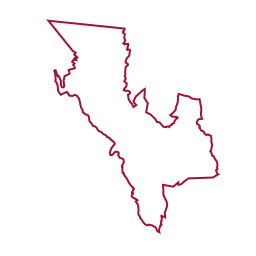 Tomatlán, Veracruz, Mexico, rotated 10°
{"feature_id": "50627088B86520659550997", "entity_name": "Tomatlán", "entity_type": "district", "adm_level": 2, "iso_a3": "MEX", "parent_name": "Mexico", "parent_adm1": "Veracruz", "projection": "mercator", "projection_center": [-96.998, 19.019], "detail": "fine", "context": "isolated", "style": "outline", "palette": "rose", "viewbox_px": 256, "rotation_deg": 10, "n_neighbors": 0, "source": "geoboundaries", "source_scale": "gbopen_adm2", "svg_char_len": 5864}
<svg xmlns="http://www.w3.org/2000/svg" viewBox="0 0 256 256"><g transform="rotate(10 128 128)"><path d="M225.0,157.9L224.0,157.5L223.4,156.9L222.7,155.6L222.1,154.0L223.2,153.0L223.2,152.6L222.5,151.3L222.7,149.6L222.2,148.1L222.0,147.3L221.6,146.1L220.7,145.1L220.2,144.5L218.9,143.2L217.3,140.9L216.4,140.9L215.8,140.6L215.5,140.1L215.0,138.8L213.6,137.0L213.1,136.8L213.4,136.2L213.7,135.2L213.8,130.2L212.4,126.7L211.9,123.7L211.1,121.4L210.7,121.1L210.3,121.0L209.6,121.1L207.9,120.4L207.4,120.6L206.8,121.3L206.4,121.2L204.4,120.5L204.2,119.8L203.3,118.6L202.6,118.1L200.8,118.0L200.0,117.2L199.2,116.3L198.5,115.6L198.2,115.2L198.7,114.3L198.6,114.0L196.9,112.5L196.2,112.3L195.4,112.1L195.2,111.8L195.0,111.3L194.8,110.5L195.3,108.1L196.0,107.3L196.6,106.9L198.3,106.3L199.4,106.1L198.8,105.3L198.1,103.9L197.5,101.8L197.1,100.0L197.3,99.2L196.8,96.1L193.5,87.2L191.0,87.8L189.2,88.0L185.3,87.8L183.3,86.6L182.8,86.6L181.3,86.2L178.2,86.4L176.3,86.2L174.4,85.9L172.1,85.6L171.7,88.5L172.0,88.8L172.5,94.1L172.2,96.0L171.6,98.9L171.8,101.7L170.2,104.5L167.5,108.0L168.9,108.9L170.2,109.0L173.2,108.8L174.8,108.8L175.1,109.0L175.1,109.5L173.7,111.0L172.7,112.9L172.4,115.2L172.0,115.6L171.2,115.9L170.7,116.2L170.5,117.4L170.0,117.8L168.8,118.4L168.5,119.8L167.3,119.5L166.1,119.7L165.5,120.5L164.4,120.6L162.7,120.7L158.3,117.1L156.7,116.9L156.0,116.9L155.3,117.0L153.7,114.7L147.9,110.8L143.1,109.3L143.2,100.2L139.0,95.8L137.8,86.7L136.2,88.1L135.0,89.5L130.2,95.7L128.8,100.7L129.6,101.9L131.2,103.3L132.2,104.1L129.7,106.3L129.0,105.6L128.5,104.7L127.9,103.7L126.7,102.7L125.8,102.2L123.6,99.4L123.2,98.6L123.2,98.3L123.0,97.5L122.4,95.9L122.3,95.0L123.1,94.5L123.6,94.0L123.9,93.4L123.9,92.7L123.5,92.2L122.6,91.6L121.7,91.4L120.7,91.3L119.5,91.8L118.2,91.7L117.6,91.1L117.2,91.2L117.2,90.7L117.5,90.3L118.0,89.2L118.5,88.4L119.0,87.2L119.2,86.1L119.1,85.3L119.1,84.7L119.0,84.3L118.7,84.1L117.7,83.7L117.1,83.2L116.8,82.9L116.4,82.8L116.3,82.5L116.4,81.7L116.8,81.1L117.0,80.6L117.2,79.8L117.0,79.4L116.8,78.8L116.1,78.0L115.7,77.6L116.1,76.4L116.0,75.4L115.4,72.8L115.4,71.5L115.2,70.1L115.2,68.8L115.3,68.1L115.9,67.3L116.7,66.4L117.0,66.1L117.0,65.5L116.8,65.2L116.3,64.9L115.6,64.5L115.1,64.5L114.9,64.2L114.3,63.8L114.2,62.5L114.2,61.8L114.4,60.6L115.1,58.9L116.0,57.6L116.5,56.8L116.6,55.9L116.7,55.1L116.5,54.0L116.6,52.0L116.3,50.8L115.7,50.5L114.6,50.9L114.1,51.2L113.5,51.0L113.4,50.0L113.6,49.2L113.5,48.4L113.6,47.6L113.7,47.2L113.9,47.2L114.0,46.4L113.9,46.1L113.5,45.2L112.8,45.3L111.5,45.6L111.1,45.8L110.0,46.2L109.1,45.9L108.8,45.7L108.9,45.1L109.5,44.4L109.8,43.7L109.9,42.8L109.9,42.1L108.6,39.6L108.6,36.2L108.0,35.5L106.8,35.2L106.2,34.4L106.2,34.0L106.5,33.4L107.0,33.1L107.4,32.6L107.4,31.9L107.3,30.7L31.0,36.2L60.4,61.8L63.4,62.9L62.3,65.0L65.9,67.2L65.0,68.8L63.8,68.0L62.9,69.5L63.9,69.9L64.4,70.2L62.5,70.3L61.5,72.5L64.1,73.8L63.1,75.4L63.6,75.8L64.4,76.6L64.6,77.1L65.2,78.4L59.5,81.1L60.1,82.3L61.1,84.6L56.4,88.1L56.6,89.7L56.3,92.5L56.8,94.3L57.8,97.2L58.0,97.9L57.8,98.5L57.3,99.1L56.8,99.3L55.8,99.2L55.2,98.5L54.4,96.9L53.8,93.8L53.5,92.9L52.1,90.7L50.7,89.0L50.6,88.7L49.8,89.0L46.7,84.0L46.6,83.7L45.9,83.9L45.4,84.6L45.6,85.1L46.6,86.5L47.0,87.3L47.1,88.3L47.7,89.7L48.3,93.1L48.4,93.7L48.3,94.5L49.1,95.0L49.6,95.5L50.7,97.2L50.9,97.7L51.3,98.4L51.8,99.9L51.9,100.9L52.3,101.7L52.6,103.3L53.3,104.2L53.6,104.4L54.3,105.3L55.6,106.7L56.2,106.9L57.6,105.6L59.1,104.8L60.6,103.7L61.3,103.3L61.9,103.2L63.2,104.8L63.6,104.9L64.4,106.2L65.0,106.4L65.8,106.1L67.6,106.2L68.5,105.5L69.4,104.8L70.8,104.8L72.1,105.1L73.4,106.5L74.3,107.0L74.9,107.8L75.2,109.0L75.5,109.7L75.9,110.0L77.0,113.3L78.0,115.2L78.4,116.2L78.7,116.7L79.4,117.2L80.1,117.9L80.3,118.4L80.5,120.1L80.9,120.4L82.0,120.8L83.5,122.0L85.9,122.1L86.4,122.4L87.3,123.6L87.8,124.4L88.1,125.3L88.2,126.2L88.6,127.2L89.0,128.0L90.9,129.6L91.7,130.2L92.5,131.3L92.9,132.0L93.5,132.1L94.7,132.0L95.7,132.5L96.7,133.0L97.3,133.5L98.0,134.4L98.6,135.0L99.5,135.9L100.5,136.2L102.4,136.6L104.9,138.3L106.7,138.8L108.0,139.3L108.9,140.5L110.2,140.5L111.3,141.2L111.9,141.2L112.4,141.9L112.9,142.3L113.4,142.3L114.4,143.2L115.2,143.3L116.3,144.4L116.8,144.5L117.4,145.0L117.7,145.7L117.6,146.5L117.0,147.2L116.4,148.2L116.2,149.0L115.7,149.6L115.3,150.6L115.1,151.4L114.8,153.1L114.6,153.7L114.6,155.6L114.7,156.4L115.3,157.6L116.0,157.8L116.6,157.6L117.4,156.9L118.5,155.2L118.7,154.7L119.2,154.0L119.5,153.9L119.8,153.6L120.1,153.5L120.9,153.4L122.6,153.5L123.3,154.3L123.0,156.4L125.3,158.9L128.0,159.1L129.0,159.8L129.8,162.2L129.5,164.2L128.7,165.6L128.9,167.3L129.3,167.3L129.6,169.4L130.4,173.0L131.6,173.1L132.1,174.5L133.8,176.4L135.4,177.7L138.9,182.3L139.4,182.7L141.4,184.6L142.6,185.5L143.3,185.7L143.7,187.1L144.3,187.0L143.8,188.8L143.1,190.4L143.2,191.3L144.2,191.3L144.2,192.0L144.0,192.6L143.3,193.9L143.7,194.8L145.2,195.8L149.2,197.0L149.9,197.5L148.4,199.0L149.2,199.9L150.5,201.2L151.1,201.9L151.5,202.7L152.0,204.3L152.1,205.1L152.7,206.9L152.7,208.3L153.0,210.7L153.5,211.5L154.1,212.2L154.5,212.6L155.2,213.2L155.5,214.4L156.4,215.0L156.8,215.3L158.8,217.5L159.5,218.3L160.3,218.9L161.2,219.7L163.4,220.4L164.2,220.5L164.9,219.8L165.5,219.5L166.6,219.7L168.5,219.7L169.5,219.9L170.6,220.5L171.6,220.6L172.4,221.0L173.0,221.6L173.5,222.4L173.8,223.3L174.5,224.1L175.4,224.7L177.0,225.3L176.4,223.7L176.3,222.7L176.4,221.3L176.6,220.4L176.5,219.1L177.5,218.3L177.7,217.3L177.1,217.2L177.1,216.4L176.8,215.7L176.9,215.1L177.3,214.6L176.8,213.7L177.1,213.2L177.0,210.7L176.3,209.6L176.2,208.7L178.6,209.2L179.8,209.4L180.1,209.5L179.0,205.4L179.0,204.8L179.5,201.8L180.1,197.5L179.5,195.4L178.8,193.9L174.7,188.0L174.4,187.5L174.2,186.4L173.5,182.7L172.3,177.9L182.7,177.9L183.8,176.7L186.9,172.9L187.1,173.8L187.7,175.2L190.2,174.1L193.4,170.0L196.5,167.1L220.2,162.0L225.0,157.9Z" fill="none" stroke="#9f1239" stroke-width="2"/></g></svg>